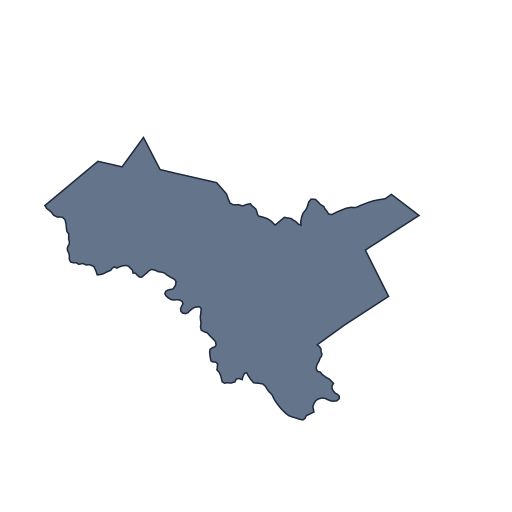 Esperantina, Piauí, Brazil (orthographic projection), rotated 57°
{"feature_id": "56859067B45673851055188", "entity_name": "Esperantina", "entity_type": "district", "adm_level": 2, "iso_a3": "BRA", "parent_name": "Brazil", "parent_adm1": "Piauí", "projection": "orthographic", "projection_center": [-42.165, -3.795], "detail": "fine", "context": "isolated", "style": "filled", "palette": "slate", "viewbox_px": 512, "rotation_deg": 57, "n_neighbors": 0, "source": "geoboundaries", "source_scale": "gbopen_adm2", "svg_char_len": 3358}
<svg xmlns="http://www.w3.org/2000/svg" viewBox="0 0 512 512"><g transform="rotate(57 256 256)"><path d="M211.5,363.4L211.1,360.1L210.6,356.1L210.1,353.9L210.3,351.0L213.0,348.3L215.8,346.7L217.8,344.3L220.2,342.1L223.0,341.2L226.4,339.7L229.3,338.1L231.4,337.0L233.8,337.0L236.7,339.4L238.5,343.6L237.3,346.3L236.5,348.6L236.5,351.1L238.0,353.0L240.2,353.2L243.5,352.4L246.6,350.7L248.3,348.7L249.6,346.0L251.7,343.7L253.9,342.7L256.3,343.3L257.8,346.0L259.1,348.0L261.4,349.1L264.0,348.6L265.9,346.6L266.5,343.9L265.9,341.5L265.6,338.7L265.5,336.1L266.4,333.8L267.8,331.0L270.3,330.6L272.2,332.2L274.5,333.9L276.4,335.7L278.7,337.0L282.3,338.7L285.3,341.2L288.2,342.3L290.6,341.2L294.0,338.7L298.6,338.0L302.2,337.2L305.8,336.6L309.0,338.0L309.8,340.1L309.1,342.5L309.3,345.5L311.8,347.5L315.0,349.1L317.1,350.0L319.5,350.9L321.5,349.8L322.8,347.7L325.4,346.9L328.3,349.1L330.2,350.8L333.6,350.2L337.6,350.9L340.7,352.1L343.2,352.9L345.6,351.6L346.5,349.3L349.0,346.1L350.1,342.3L348.5,339.5L349.4,337.1L352.2,334.9L350.2,332.9L348.2,329.6L348.8,327.4L351.9,327.7L355.8,327.7L358.3,327.4L360.9,327.1L362.6,325.2L364.3,322.9L366.9,320.1L370.1,319.1L373.9,319.2L377.0,319.0L379.4,318.4L382.0,318.2L384.3,318.6L386.8,318.8L389.8,318.8L393.5,318.6L397.9,318.1L401.0,317.5L404.4,316.7L407.7,315.5L410.9,313.1L413.7,310.7L416.6,308.4L419.0,306.0L419.0,303.5L417.3,300.8L417.8,297.3L418.4,292.4L415.7,291.3L413.4,290.5L411.2,287.6L409.8,284.3L409.9,281.5L410.9,278.3L412.7,275.9L415.6,274.1L418.7,271.8L420.1,269.9L421.5,267.1L421.0,264.0L418.9,262.5L416.4,263.0L414.3,264.2L411.5,264.7L408.7,264.4L406.5,263.2L405.0,260.3L402.2,260.9L399.1,261.5L396.6,263.0L394.1,264.0L391.3,265.0L388.3,265.3L386.1,267.3L382.8,266.7L380.4,264.1L378.4,260.3L376.5,257.9L375.8,255.8L374.2,254.1L371.6,253.5L369.3,252.1L366.5,252.1L363.8,253.0L362.1,219.3L362.1,182.6L362.1,166.8L310.6,161.1L310.6,155.1L310.8,97.2L278.0,108.9L278.2,111.8L278.3,116.5L275.6,122.6L273.6,127.6L272.4,132.0L271.8,134.8L270.5,140.8L269.8,145.6L268.4,147.9L267.0,149.6L265.0,154.5L263.8,160.7L263.0,165.2L262.6,169.8L260.1,172.3L257.3,172.1L254.5,172.6L251.3,172.2L247.7,174.0L245.3,174.3L240.9,175.3L238.3,178.8L239.3,182.2L243.2,186.9L244.5,189.4L245.7,193.2L247.6,195.8L251.5,199.8L254.6,201.4L252.4,203.1L248.6,203.9L246.4,205.1L243.9,206.0L242.1,207.8L240.7,209.5L239.0,211.1L240.5,223.1L238.3,223.6L235.2,224.2L230.9,226.1L226.7,229.4L224.2,231.9L221.9,232.1L219.3,231.1L216.3,230.6L211.7,232.0L209.1,232.3L207.6,235.9L206.8,239.9L203.3,242.8L202.3,244.8L200.6,247.3L197.2,249.0L192.2,248.0L190.0,247.4L187.3,247.0L173.0,249.1L142.0,279.2L131.3,289.4L95.3,285.8L103.8,308.1L108.3,319.8L90.5,337.0L98.7,405.6L102.1,405.6L105.3,404.5L107.7,403.8L111.6,403.5L115.2,401.4L116.8,398.7L118.5,397.1L121.5,396.4L125.7,397.9L129.3,399.8L132.6,401.3L135.5,401.0L137.6,402.5L140.1,404.1L142.3,404.7L144.4,406.3L145.4,408.4L146.9,410.2L149.0,411.2L151.4,411.4L154.4,412.5L156.6,414.2L160.0,414.8L162.2,412.9L163.7,410.5L166.5,409.1L168.0,405.2L171.0,403.4L172.5,400.4L176.4,397.7L179.7,398.1L182.4,398.6L185.3,399.5L186.8,396.6L187.8,393.6L188.0,390.7L188.4,388.1L188.9,385.8L188.0,383.4L188.0,380.6L190.4,379.3L190.7,376.6L191.6,373.1L193.2,370.2L195.0,368.5L197.7,368.0L200.5,367.3L203.3,368.5L204.8,366.4L207.3,366.1L210.1,365.3L211.5,363.4Z" fill="#64748b" stroke="#1e293b" stroke-width="1.5"/></g></svg>